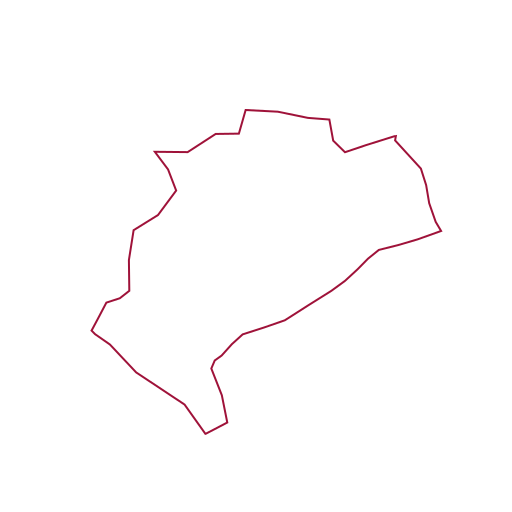 the District of Culfa, rotated 33°
{"feature_id": "AZE-2421", "entity_name": "Culfa", "entity_type": "District", "adm_level": 1, "iso_a3": "AZE", "parent_name": "Azerbaijan", "parent_adm1": "", "projection": "mercator", "projection_center": [45.691, 39.149], "detail": "fine", "context": "isolated", "style": "outline", "palette": "rose", "viewbox_px": 512, "rotation_deg": 33, "n_neighbors": 0, "source": "natural_earth", "source_scale": "10m", "svg_char_len": 831}
<svg xmlns="http://www.w3.org/2000/svg" viewBox="0 0 512 512"><g transform="rotate(33 256 256)"><path d="M308.0,79.3L309.7,83.3L346.7,92.9L360.1,103.9L372.5,117.4L388.1,129.5L397.6,134.2L382.5,154.0L369.3,169.4L355.7,184.0L351.4,197.2L348.4,211.9L344.2,228.3L338.2,244.1L326.6,269.1L315.2,294.2L301.6,311.7L287.5,329.0L283.8,343.0L281.4,358.2L278.3,366.1L279.8,374.7L303.2,391.4L322.6,411.3L310.7,432.4L310.5,432.6L310.4,432.7L277.0,419.5L218.9,418.9L181.7,409.8L163.6,409.2L158.7,408.1L158.7,407.9L157.6,395.0L155.9,376.6L164.8,365.6L168.7,354.2L151.6,328.6L139.3,301.0L151.5,275.0L153.4,244.6L135.1,231.3L114.4,223.7L142.1,206.1L155.7,175.6L175.0,162.7L167.8,139.2L195.7,123.1L224.3,111.9L243.2,101.6L257.9,117.2L274.1,120.5L287.8,103.2L306.9,80.1L307.8,79.5L308.0,79.3Z" fill="none" stroke="#9f1239" stroke-width="2"/></g></svg>